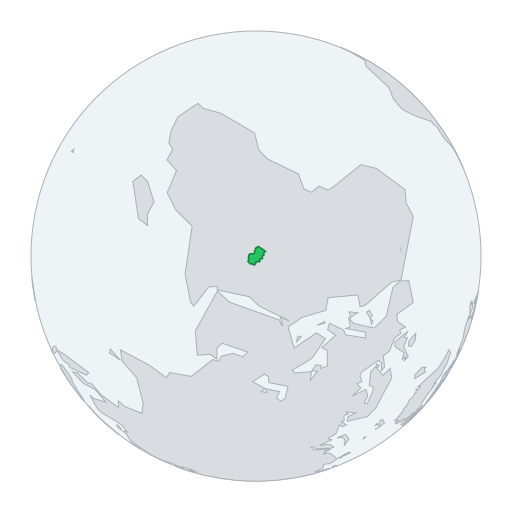 the Earth from above South Kordufan, rotated 146°
{"feature_id": "SDN-882", "entity_name": "South Kordufan", "entity_type": "State", "adm_level": 1, "iso_a3": "SDN", "parent_name": "Sudan", "parent_adm1": "", "projection": "orthographic", "projection_center": [29.886, 11.03], "detail": "fine", "context": "on_globe", "style": "filled", "palette": "green", "viewbox_px": 512, "rotation_deg": 146, "n_neighbors": 0, "source": "natural_earth", "source_scale": "10m", "svg_char_len": 9742}
<svg xmlns="http://www.w3.org/2000/svg" viewBox="0 0 512 512"><g transform="rotate(146 256 256)"><circle cx="256" cy="256" r="225" fill="#eef3f6" stroke="#a8b0b8"/><path d="M197.4,38.5L190.8,40.4L190.2,40.6L197.4,38.5ZM189.3,40.8L188.0,41.2L186.2,41.8L189.3,40.8ZM185.2,42.1L186.3,41.8L178.4,44.5L186.0,42.0L179.5,44.4L174.3,46.2L175.2,45.7L174.6,45.9L185.2,42.1ZM136.3,65.2L136.8,64.8L145.3,59.8L147.9,58.4L156.5,54.0L154.8,55.2L148.5,59.1L141.3,63.0L138.4,65.1L144.8,62.2L131.2,71.3L121.7,80.7L118.2,83.5L111.9,86.1L112.7,83.0L104.7,89.1L109.4,86.1L100.6,94.0L99.0,96.0L99.2,96.5L102.4,94.1L99.3,97.3L93.4,100.8L96.1,97.9L98.0,96.6L98.3,95.6L94.3,99.2L107.4,86.7L121.4,75.4L136.3,65.2ZM93.6,99.9L90.1,103.6L93.6,99.9ZM34.8,213.3L34.8,213.6L34.5,214.9L34.8,213.3ZM34.0,217.4L32.2,235.2L34.0,246.4L34.3,256.9L33.8,262.2L35.2,265.5L35.3,269.4L44.8,281.9L52.6,295.1L54.3,308.6L51.7,321.3L58.6,351.7L56.5,357.5L62.1,369.5L69.2,381.9L60.1,367.2L52.2,351.9L45.4,336.1L39.9,319.8L35.7,303.1L32.7,286.1L31.1,268.9L30.8,251.7L31.7,234.5L34.0,217.4ZM156.8,53.7L156.6,53.9L155.1,54.6L156.8,53.7ZM161.2,51.7L160.7,51.9L160.2,52.1L161.2,51.7ZM172.2,46.9L162.3,51.2L163.1,50.8L172.2,46.9ZM206.4,36.2L205.9,36.4L204.0,36.8L200.5,37.7L206.4,36.2ZM202.5,37.2L205.2,36.6L202.0,37.5L198.5,38.2L202.5,37.2ZM192.1,41.2L193.3,40.5L196.8,39.5L192.1,41.2ZM206.4,36.4L207.5,36.1L209.0,35.8L210.1,35.7L206.4,36.4ZM219.1,33.8L222.3,33.3L222.6,33.2L216.5,34.2L217.7,34.0L219.1,33.8ZM215.8,34.7L207.1,36.6L204.1,37.9L200.8,38.7L206.2,36.6L215.8,34.7ZM216.7,34.3L215.4,34.6L212.0,35.2L210.8,35.3L216.7,34.3ZM229.8,32.2L229.1,32.3L229.3,32.3L229.8,32.2ZM215.6,34.9L217.8,34.5L215.8,34.9L215.6,34.9ZM225.7,32.9L227.5,32.6L225.7,32.9ZM222.0,33.9L219.2,34.4L218.2,34.4L222.0,33.9ZM224.2,33.3L226.6,33.0L219.6,34.0L224.0,33.3L224.2,33.3ZM227.4,32.7L228.4,32.5L227.1,32.8L227.4,32.7ZM227.1,34.0L218.4,35.2L216.4,35.0L225.1,33.7L227.1,34.0ZM377.8,66.5L381.5,68.9L381.3,68.8L396.0,79.5L409.9,91.5L422.7,104.5L427.6,110.2L431.3,114.5L439.5,125.3L440.7,127.0L434.8,119.1L432.6,116.7L428.9,112.1L431.3,116.5L426.1,110.1L430.5,117.3L434.8,122.1L434.7,120.1L440.7,129.9L447.6,138.5L454.4,150.2L463.2,173.1L463.1,181.7L464.4,185.8L461.2,182.1L461.7,191.1L471.4,212.3L472.8,219.1L471.4,233.8L470.5,228.8L462.2,218.9L464.1,235.5L470.5,247.2L472.9,262.6L469.4,259.0L466.6,245.6L463.6,241.7L462.0,227.4L454.8,207.5L451.1,212.9L449.0,204.6L438.6,189.4L432.0,196.8L423.0,221.8L425.7,243.5L420.9,254.1L405.5,225.1L398.4,205.0L392.9,207.8L377.0,192.4L349.7,194.4L345.8,189.4L340.7,192.4L329.4,188.1L323.4,179.9L316.6,181.0L332.8,202.5L340.0,201.5L346.0,192.3L349.1,200.2L360.0,206.6L348.3,227.7L307.7,248.5L303.7,232.4L272.4,189.9L273.4,185.0L273.2,184.5L272.8,183.5L270.0,191.5L264.6,183.3L281.4,212.8L284.2,225.9L307.1,249.5L305.0,252.2L312.3,256.9L335.8,249.2L335.9,254.7L324.9,280.6L292.3,316.4L296.7,338.9L294.3,358.1L274.1,371.3L276.0,385.5L265.5,390.8L264.9,398.7L256.6,407.2L242.6,415.1L218.8,415.0L217.2,408.0L205.2,393.8L188.4,358.7L194.3,342.6L192.2,329.8L175.0,300.5L178.7,284.6L174.1,277.6L164.7,278.8L159.4,270.5L153.7,270.0L118.1,273.1L107.5,261.6L95.3,227.9L101.9,215.7L103.5,200.9L149.0,155.1L158.3,158.5L193.6,154.0L198.0,155.9L193.4,166.8L219.5,181.1L228.5,171.9L252.7,179.5L269.1,179.1L275.8,158.4L248.9,158.5L244.7,148.7L266.6,139.9L290.1,141.0L289.2,137.3L274.8,129.1L280.5,122.5L269.8,125.9L273.9,129.6L267.2,132.1L263.1,129.0L265.3,126.6L258.3,125.0L249.6,138.1L252.8,143.3L234.3,145.7L237.8,154.9L232.7,159.2L224.7,145.5L225.8,140.5L210.7,126.5L207.9,131.7L222.0,145.7L217.4,144.5L213.7,152.9L212.9,145.7L198.3,130.2L181.8,133.1L160.2,153.2L150.7,154.7L143.1,150.2L151.7,129.5L171.9,128.8L175.2,122.5L171.8,113.4L178.2,114.3L179.3,110.8L187.0,110.6L198.4,102.6L206.3,102.0L211.5,92.1L216.2,90.8L211.8,96.8L213.0,101.0L232.7,100.8L236.7,98.8L238.5,92.7L243.7,93.8L242.8,88.0L254.5,86.0L239.6,84.0L241.2,77.9L248.6,73.5L246.5,71.4L234.5,78.7L232.1,82.1L234.4,85.4L225.6,95.8L218.7,97.5L217.7,86.2L207.8,87.8L211.4,79.2L241.6,63.1L253.8,60.6L272.7,68.0L269.5,71.3L261.1,70.1L268.3,76.4L268.0,73.3L272.3,74.7L275.0,70.1L278.2,70.9L275.3,65.5L279.5,65.9L281.3,69.3L288.8,64.0L297.8,64.4L297.9,62.9L295.6,61.2L308.5,63.4L308.0,62.3L303.6,61.0L299.9,58.1L298.3,54.1L302.8,55.1L304.0,56.6L313.4,61.9L315.8,66.5L317.5,66.6L316.5,62.8L305.1,56.4L302.8,53.8L308.8,56.3L306.4,55.2L306.7,54.2L311.3,54.4L305.0,51.5L302.2,42.4L310.8,42.6L316.4,45.4L319.2,42.4L328.7,44.4L324.6,43.0L323.2,41.6L320.2,40.9L318.2,40.2L314.4,38.4L331.0,43.6L347.2,50.0L362.8,57.7L377.8,66.5ZM133.0,178.9L131.7,183.2L133.0,178.9ZM315.0,153.4L329.1,153.7L322.6,141.3L327.5,140.6L323.5,136.9L322.1,140.4L312.4,130.5L318.4,126.8L316.6,121.8L311.8,121.5L302.3,130.1L316.2,143.9L313.1,149.2L315.0,153.4ZM34.8,213.6L34.2,216.6L34.3,215.9L34.8,213.6ZM101.0,93.8L101.4,93.6L100.9,94.8L99.6,95.6L101.0,93.8ZM107.7,93.5L102.5,98.8L105.3,95.3L102.5,97.0L105.0,92.3L116.5,84.6L110.9,88.7L107.7,93.5ZM111.4,84.8L108.6,88.0L111.2,84.8L111.4,84.8ZM177.7,94.1L180.0,96.2L176.7,100.0L166.7,102.6L171.4,97.0L177.7,94.1ZM184.2,98.4L186.0,87.5L192.3,86.0L188.5,88.6L192.5,88.7L187.3,93.0L191.5,103.0L188.9,107.2L171.9,108.7L178.9,105.6L176.1,103.5L184.2,98.4ZM179.7,68.1L180.5,65.0L193.0,65.6L190.8,68.5L180.7,70.9L177.4,68.8L179.7,68.1ZM172.6,47.5L172.1,47.4L173.9,46.7L175.8,46.2L172.6,47.5ZM192.4,40.9L176.5,47.5L175.2,47.6L167.5,52.2L161.0,54.4L166.2,51.2L155.4,56.8L157.5,54.8L150.6,58.8L162.8,51.4L164.2,50.4L165.1,50.6L171.1,48.4L174.1,47.2L183.7,43.3L189.7,40.8L196.5,38.8L199.8,38.2L199.4,38.4L195.1,39.5L197.6,39.2L191.1,41.0L192.4,40.9ZM233.9,40.1L229.1,39.7L233.1,42.3L226.6,42.9L227.5,43.1L222.5,44.6L218.1,47.0L215.2,47.1L214.7,48.1L211.4,49.3L209.8,50.8L204.0,51.6L201.5,53.6L200.2,52.9L197.5,56.2L196.9,54.2L192.6,56.0L195.5,57.0L168.2,61.1L157.3,65.4L148.4,70.5L148.6,67.2L157.0,60.7L169.2,54.0L179.7,50.7L177.9,50.2L182.4,48.6L181.9,49.6L185.3,47.1L188.9,46.2L199.7,42.2L202.3,39.9L206.3,38.6L207.1,39.1L210.6,37.6L214.7,37.9L217.7,37.1L224.8,37.0L224.5,38.9L227.9,38.0L233.4,38.3L233.9,40.1ZM228.9,33.9L230.1,35.3L227.1,36.5L216.0,36.4L212.8,37.0L205.6,37.7L210.1,36.1L211.7,36.0L214.4,35.5L211.9,36.2L215.9,35.4L218.2,35.3L222.0,34.8L221.3,35.3L228.9,33.9ZM203.3,151.9L206.7,152.4L212.1,152.0L209.9,157.6L203.3,151.9ZM193.0,141.3L196.2,140.7L195.7,147.7L192.1,147.4L193.0,141.3ZM198.3,134.7L196.4,140.1L195.3,137.0L198.3,134.7ZM214.8,96.1L218.2,95.4L218.4,96.8L216.3,99.0L214.8,96.1ZM244.6,50.3L242.3,49.3L243.4,48.8L242.5,45.8L247.3,45.5L249.7,47.1L244.6,50.3ZM271.0,162.0L266.0,166.0L263.6,164.1L265.8,163.0L271.0,162.0ZM236.3,161.7L244.0,164.4L235.6,163.3L236.3,161.7ZM249.7,49.5L248.8,48.2L251.7,48.9L249.7,49.5ZM250.8,45.2L254.3,45.6L247.8,45.1L250.8,45.2ZM349.8,444.1L350.4,445.9L347.3,446.5L349.8,444.1ZM332.4,353.0L316.4,386.6L305.9,387.3L304.3,377.9L310.4,357.8L322.7,351.4L328.9,341.9L332.4,353.0ZM478.5,291.3L478.2,293.1L478.6,290.6L478.7,290.3L478.5,291.3ZM478.3,291.3L474.6,294.5L472.5,293.1L473.6,289.0L477.0,287.7L478.3,291.3ZM473.4,289.0L469.4,280.5L459.9,252.7L463.4,252.1L472.5,267.5L472.0,271.0L474.5,278.1L473.4,289.0ZM480.8,264.2L480.2,274.3L478.8,275.3L477.8,274.5L477.2,262.6L477.6,255.9L478.6,255.4L479.4,231.4L480.3,235.7L480.7,245.5L481.2,253.2L480.8,264.2ZM426.7,245.4L431.8,257.6L428.8,260.3L426.7,245.4ZM477.5,215.6L478.6,225.8L476.9,212.7L477.5,215.6ZM475.1,203.7L476.1,208.2L475.1,204.2L475.1,203.7ZM466.5,192.0L465.5,193.8L464.4,190.6L464.9,186.5L466.5,192.0ZM459.6,160.4L463.6,169.5L464.9,172.7L462.5,167.5L459.6,160.4ZM289.2,49.3L285.2,53.4L285.4,57.0L290.5,59.9L281.6,58.1L281.2,52.3L289.2,49.3ZM300.2,42.9L295.7,41.1L298.7,41.3L300.1,41.7L300.2,42.9ZM296.7,42.3L289.2,41.5L287.3,40.1L293.6,41.0L296.7,42.3ZM269.4,44.3L267.9,45.4L265.5,44.7L269.4,44.3ZM454.2,363.0L457.0,357.7L457.0,357.8L463.0,344.8L464.4,341.5L454.2,363.0ZM480.7,272.6L481.0,267.6L481.3,255.5L481.3,254.9L480.7,272.6ZM477.3,213.6L476.3,209.0L477.3,213.6ZM475.1,203.8L474.7,202.5L469.6,185.2L469.5,184.2L473.4,197.1L474.4,200.6L475.1,203.8ZM316.6,39.9L314.0,39.1L315.6,39.3L316.6,39.9ZM307.7,37.1L307.7,37.4L305.8,36.6L307.7,37.1ZM308.1,38.3L306.8,37.3L310.8,38.9L308.1,38.3Z" fill="#d9dde1" stroke="#a8b0b8" stroke-width="1"/><path d="M264.4,252.2L265.5,253.3L265.5,253.8L265.5,254.5L265.5,254.9L265.6,255.1L265.8,255.7L265.8,255.8L264.8,256.7L263.9,257.4L263.9,257.5L263.6,258.2L263.4,258.5L262.9,259.2L262.1,260.0L261.2,260.9L261.0,261.0L260.1,261.0L259.7,261.0L259.4,261.1L258.3,260.2L257.4,259.6L256.5,259.0L256.3,259.1L255.3,259.6L255.1,259.7L255.0,259.8L254.9,260.4L254.8,260.7L254.4,261.0L253.5,261.2L253.1,261.4L252.6,261.6L252.2,261.9L252.0,262.1L251.9,262.3L251.9,262.5L252.0,262.7L250.4,262.7L248.9,262.7L248.7,262.4L248.3,261.6L248.0,261.0L247.4,259.8L247.4,259.5L246.0,256.1L245.8,255.0L245.8,254.9L245.7,254.4L246.0,254.6L246.3,254.7L246.7,254.7L247.0,254.7L247.4,254.5L247.5,254.4L247.7,254.2L247.9,253.9L248.2,253.7L248.3,253.6L248.4,253.3L248.6,253.0L248.7,252.7L248.8,252.5L248.9,252.4L249.0,252.3L249.4,252.4L249.6,252.4L249.8,252.4L250.0,252.5L250.4,252.5L250.8,252.4L251.0,252.3L251.2,252.1L251.2,251.8L251.3,251.4L251.4,251.1L251.5,250.9L251.8,250.7L252.0,250.5L252.1,250.3L252.2,250.2L252.4,250.2L252.5,250.3L252.8,250.5L253.0,250.7L253.3,250.8L253.5,251.0L253.9,251.1L254.0,251.0L254.3,251.0L254.5,251.1L255.6,249.5L255.7,249.4L255.8,249.3L256.0,249.3L256.3,249.3L256.5,249.5L256.5,250.0L257.7,250.2L258.0,250.2L258.1,250.3L258.6,250.8L258.8,251.0L259.0,251.1L259.3,251.1L259.6,250.8L259.6,250.7L260.0,250.6L260.2,250.4L260.3,250.3L260.5,250.0L260.6,249.9L260.8,249.7L261.1,249.8L261.3,249.8L261.4,249.7L261.9,249.4L262.0,249.4L262.9,249.8L263.1,251.2L263.2,251.3L263.3,251.3L263.6,251.4L263.8,251.5L264.4,252.2Z" fill="#22c55e" stroke="#15803d" stroke-width="1.5"/></g></svg>